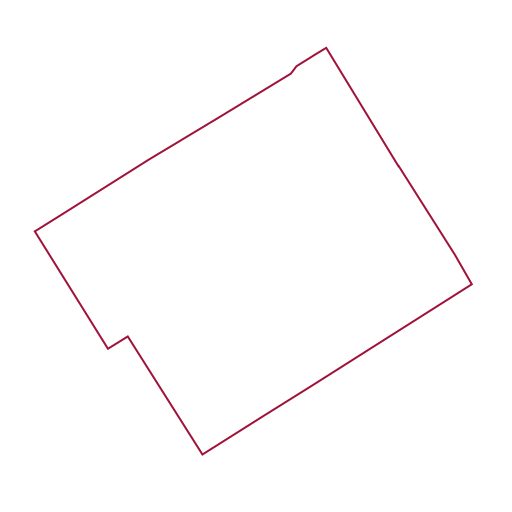 the district of Pettis, Missouri, United States of America, rotated 56°
{"feature_id": "52423323B46784641696011", "entity_name": "Pettis", "entity_type": "district", "adm_level": 2, "iso_a3": "USA", "parent_name": "United States of America", "parent_adm1": "Missouri", "projection": "orthographic", "projection_center": [-93.351, 38.725], "detail": "fine", "context": "isolated", "style": "outline", "palette": "rose", "viewbox_px": 512, "rotation_deg": 56, "n_neighbors": 0, "source": "geoboundaries", "source_scale": "gbopen_adm2", "svg_char_len": 399}
<svg xmlns="http://www.w3.org/2000/svg" viewBox="0 0 512 512"><g transform="rotate(56 256 256)"><path d="M111.9,425.6L250.1,430.6L251.0,407.3L390.6,411.4L392.8,338.7L394.8,280.9L400.1,92.9L365.8,90.4L261.2,87.4L261.2,87.7L122.7,81.4L122.1,93.0L121.3,116.3L124.3,125.1L120.3,210.7L119.7,222.3L116.7,280.3L116.1,291.9L113.1,390.6L111.9,425.6Z" fill="none" stroke="#9f1239" stroke-width="2"/></g></svg>